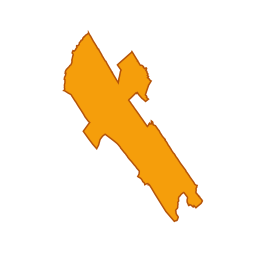 the district of Braesti, Botosani, Romania, rotated 254°
{"feature_id": "2599482B30071805057841", "entity_name": "Braesti", "entity_type": "district", "adm_level": 2, "iso_a3": "ROU", "parent_name": "Romania", "parent_adm1": "Botosani", "projection": "natural_earth1", "projection_center": [26.468, 47.861], "detail": "fine", "context": "isolated", "style": "filled", "palette": "amber", "viewbox_px": 256, "rotation_deg": 254, "n_neighbors": 0, "source": "geoboundaries", "source_scale": "gbopen_adm2", "svg_char_len": 5743}
<svg xmlns="http://www.w3.org/2000/svg" viewBox="0 0 256 256"><g transform="rotate(254 128 128)"><path d="M200.3,152.7L200.0,152.8L198.0,148.5L195.4,143.1L194.3,140.7L192.5,137.0L191.6,135.2L185.6,137.3L185.3,137.0L184.2,136.2L179.5,133.8L178.8,133.4L178.3,133.0L176.4,132.2L174.4,131.2L174.2,131.1L183.7,128.5L185.5,128.2L186.0,128.1L185.9,127.9L187.2,127.6L188.2,127.5L189.9,127.0L195.8,125.5L198.2,125.1L198.5,124.7L199.5,124.4L200.5,124.1L201.2,123.9L201.4,123.9L201.9,123.7L202.7,123.6L204.0,123.1L205.5,122.9L210.4,121.7L211.8,121.5L211.8,121.2L213.1,120.8L213.2,120.6L213.6,120.6L215.2,120.2L215.9,120.1L216.2,119.9L217.2,119.7L219.2,119.1L220.0,118.9L220.4,118.7L225.4,117.6L226.7,117.3L228.1,116.8L230.5,116.3L230.2,116.2L229.8,115.7L229.1,113.8L228.9,112.9L228.7,112.5L228.2,111.9L227.9,111.3L227.8,110.8L227.7,110.6L227.3,110.4L227.3,110.2L227.1,109.7L226.8,109.4L225.6,108.7L225.4,108.5L225.4,108.2L225.2,107.3L225.1,106.9L224.4,106.5L224.2,106.2L223.5,104.9L223.1,104.6L222.0,104.2L221.6,103.7L221.2,103.3L221.0,102.8L221.3,101.4L221.1,101.2L220.8,101.1L220.4,101.2L219.4,101.1L218.8,100.0L217.7,99.2L217.5,98.8L217.3,98.4L216.9,97.6L216.9,97.4L217.3,96.8L217.2,96.8L216.9,96.8L217.0,96.6L217.2,96.2L216.9,95.8L216.2,95.5L215.6,95.0L215.1,95.1L214.3,95.5L213.9,95.6L213.5,95.5L213.0,95.3L212.7,94.9L212.1,94.6L209.0,92.9L208.8,92.7L208.7,92.7L208.6,92.8L208.2,92.7L207.1,92.4L206.9,92.2L206.5,92.1L206.3,92.0L205.9,91.7L205.7,91.5L204.5,90.6L204.3,90.0L204.0,89.3L203.2,88.4L202.4,86.9L201.8,86.0L201.4,85.1L199.9,83.6L199.7,83.4L198.8,83.2L198.5,83.0L198.3,82.8L198.2,83.2L198.1,83.3L197.8,83.4L197.6,83.3L195.3,82.1L195.0,81.8L194.4,81.1L194.0,80.9L192.7,80.3L192.4,80.2L192.3,80.5L192.1,80.6L191.9,80.7L190.0,80.2L188.7,79.8L187.6,79.1L186.5,78.6L185.9,78.5L185.6,78.5L184.4,78.0L182.9,77.9L182.3,77.5L182.1,77.3L181.8,76.8L181.7,76.6L181.4,77.2L180.5,78.0L178.5,79.8L178.2,80.0L176.0,82.3L175.4,82.6L174.6,82.8L174.4,82.8L174.2,82.9L168.8,84.5L166.9,85.2L165.3,85.6L162.1,86.5L157.6,87.9L153.8,89.0L150.4,89.8L145.3,91.8L143.8,92.7L142.6,91.0L137.2,84.1L128.2,87.3L124.1,88.9L122.2,89.6L116.7,92.2L119.7,95.0L124.5,97.9L125.0,98.4L127.1,101.2L127.4,101.8L128.3,104.3L126.2,105.9L125.3,106.6L121.3,109.6L118.7,111.5L116.2,113.2L114.7,114.0L111.7,115.3L111.1,115.4L110.8,115.4L109.5,116.0L105.4,117.7L103.9,118.5L102.6,118.9L101.1,119.5L99.9,119.8L97.7,120.7L94.9,122.1L90.6,123.9L89.9,124.3L88.2,125.0L86.9,125.4L83.5,127.0L81.2,126.2L80.7,125.9L80.0,125.3L78.8,124.1L78.7,124.0L78.4,124.3L78.1,124.4L77.2,125.4L75.9,126.4L75.1,126.8L74.7,126.9L73.7,127.3L72.5,127.4L72.1,127.6L71.1,128.4L69.8,128.6L68.9,128.5L69.3,130.7L69.1,131.8L67.7,131.8L67.7,132.8L63.4,134.1L56.9,135.8L37.3,141.4L25.5,146.8L25.7,147.8L25.6,149.3L25.7,149.6L26.5,150.4L28.2,151.6L28.4,151.7L28.9,151.7L29.9,151.4L30.8,151.0L32.5,150.7L33.3,150.7L33.9,151.0L35.4,151.0L35.6,151.1L36.0,151.5L36.5,152.1L37.1,153.1L37.5,153.6L38.0,153.9L39.7,154.4L41.1,155.1L42.2,155.2L42.7,155.3L43.1,155.6L43.3,155.9L43.5,156.3L44.2,156.7L45.0,156.8L46.6,157.2L47.1,157.5L48.0,158.3L48.6,159.7L49.4,160.4L50.0,161.7L50.5,163.0L50.7,163.7L50.6,163.9L50.3,164.1L49.5,164.3L48.3,164.9L47.3,165.2L45.4,166.0L44.5,166.0L44.0,165.8L43.3,165.4L42.6,165.0L41.2,164.6L40.5,164.5L39.9,164.5L38.5,164.8L37.5,164.8L36.7,165.0L36.7,165.4L37.3,166.3L36.8,166.8L36.7,167.1L35.8,167.8L34.5,168.6L34.1,168.9L34.2,169.1L35.1,170.0L34.2,170.4L32.6,171.3L33.3,172.7L34.7,175.9L35.4,177.4L35.8,177.9L37.4,179.4L38.0,179.1L38.5,179.2L39.2,178.9L39.8,178.6L40.2,178.4L40.7,178.1L41.7,178.0L41.9,177.9L42.5,177.3L42.8,177.1L43.0,177.2L43.1,177.3L43.2,177.2L43.4,177.2L44.0,176.9L44.5,176.6L44.9,176.4L45.6,176.1L46.0,176.1L46.6,175.7L46.8,175.5L47.2,175.6L47.4,175.6L47.6,175.5L48.1,175.7L48.6,176.1L48.8,176.2L49.4,176.3L49.8,176.5L50.8,176.6L51.6,177.1L51.8,177.4L52.0,177.7L52.3,177.7L53.7,178.6L54.0,178.0L54.4,177.6L55.0,177.1L55.7,176.6L57.4,176.3L59.7,175.5L59.9,175.4L61.4,174.9L63.6,174.1L65.1,173.7L68.7,172.5L69.6,172.1L70.3,171.8L70.7,171.9L71.6,171.7L79.8,168.6L85.2,167.0L87.1,166.2L89.6,165.6L90.5,165.3L91.5,164.7L92.3,164.4L92.9,164.3L94.4,163.7L95.2,163.6L95.7,163.5L97.1,163.0L97.8,162.9L98.7,162.6L100.6,161.9L102.6,161.5L103.5,161.3L106.4,160.2L106.8,160.6L108.1,159.9L110.7,158.7L112.9,158.1L114.3,157.6L115.5,157.4L117.1,157.1L117.4,156.8L117.7,156.7L122.6,155.0L124.3,153.0L124.9,153.2L125.5,153.2L125.9,153.3L127.0,153.3L127.3,153.2L127.6,152.9L128.3,152.4L126.8,151.9L125.6,151.8L125.5,151.5L125.7,151.0L125.7,150.0L126.6,150.0L126.0,149.1L125.9,149.1L125.7,149.2L125.5,148.9L125.2,148.4L124.4,147.5L124.1,147.0L128.4,145.5L129.8,145.0L131.4,144.5L135.8,142.9L136.9,142.6L141.7,140.9L145.5,139.5L146.9,139.1L149.0,138.3L150.6,137.7L151.5,137.5L152.8,137.0L152.9,136.9L154.6,136.3L155.0,136.8L155.3,137.2L155.6,138.1L157.5,141.6L159.6,145.5L158.8,145.9L159.4,146.8L157.3,147.4L152.4,149.7L151.9,150.2L148.7,152.2L150.1,155.6L151.3,154.9L152.2,154.2L152.3,154.2L152.8,154.6L153.3,154.7L153.9,154.5L154.3,154.2L154.7,153.9L155.1,153.9L155.3,154.0L158.9,156.4L163.0,159.3L163.7,159.7L163.8,160.0L166.8,163.2L167.1,162.8L167.6,162.5L168.9,161.9L169.4,161.8L170.3,161.3L170.9,160.7L171.1,161.1L171.7,161.6L171.9,161.9L173.3,161.1L173.6,161.5L173.9,161.8L174.5,162.0L174.8,161.9L175.1,161.8L175.3,161.7L175.8,161.4L176.2,161.5L176.6,161.7L177.0,161.6L177.6,161.6L178.0,161.2L178.4,161.0L178.7,161.1L179.2,161.7L179.7,162.1L180.1,162.3L180.5,162.2L180.8,162.0L180.8,161.9L180.7,161.2L180.8,160.7L180.6,160.4L182.0,159.5L182.3,159.7L182.5,159.8L182.9,159.7L184.4,158.6L184.7,158.0L184.7,157.4L185.2,157.0L189.6,155.8L189.9,155.8L189.9,155.7L190.1,155.8L190.5,155.6L191.5,155.3L198.1,153.5L200.4,152.8L200.3,152.7Z" fill="#f59e0b" stroke="#b45309" stroke-width="1.5"/></g></svg>